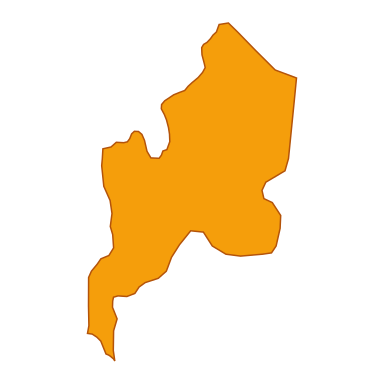 outline of Diamare, Extrême-Nord, Cameroon
{"feature_id": "32672807B30054475581978", "entity_name": "Diamare", "entity_type": "district", "adm_level": 2, "iso_a3": "CMR", "parent_name": "Cameroon", "parent_adm1": "Extrême-Nord", "projection": "equal_earth", "projection_center": [14.242, 10.617], "detail": "fine", "context": "isolated", "style": "filled", "palette": "amber", "viewbox_px": 384, "rotation_deg": 0, "n_neighbors": 0, "source": "geoboundaries", "source_scale": "gbopen_adm2", "svg_char_len": 1395}
<svg xmlns="http://www.w3.org/2000/svg" viewBox="0 0 384 384"><path d="M87.5,333.4L92.2,334.1L96.8,337.1L100.8,341.1L106.0,354.0L108.5,355.0L110.2,356.1L113.5,358.9L114.8,361.0L113.3,350.5L113.6,330.8L117.1,318.9L112.5,307.3L112.7,301.0L113.5,297.2L118.0,295.9L126.9,296.5L134.9,293.4L139.1,287.0L145.2,282.6L158.3,278.3L166.3,271.2L167.9,267.0L171.5,257.3L179.5,244.7L190.7,230.8L203.4,232.1L212.3,246.0L225.9,254.2L240.5,256.1L262.5,254.2L271.5,252.9L276.1,246.0L280.1,228.4L280.7,215.5L272.3,202.6L263.9,198.6L262.0,190.4L265.8,182.2L280.6,173.4L285.0,170.8L288.5,158.5L294.4,99.5L296.5,78.0L275.2,70.0L255.6,50.5L237.8,32.2L228.4,23.0L219.1,24.5L216.4,32.0L213.0,35.1L210.4,38.8L207.0,42.4L203.6,44.4L201.7,47.6L201.8,50.9L202.0,54.8L204.2,63.2L205.2,67.6L202.6,72.4L198.1,77.6L192.0,82.7L188.1,86.3L184.7,90.5L179.6,92.4L173.7,94.8L164.7,100.8L161.6,104.5L161.3,108.8L164.3,114.4L166.5,119.9L168.5,127.6L169.5,134.1L169.8,141.6L166.9,149.6L162.9,151.0L161.4,155.2L159.1,158.3L150.9,157.9L147.0,151.3L144.5,140.4L141.9,134.4L138.5,131.5L134.4,131.3L131.6,133.9L129.7,138.7L127.4,141.8L123.7,142.7L118.3,142.4L116.3,142.3L111.0,147.0L102.9,148.8L102.3,158.9L101.7,165.7L103.8,186.3L110.1,200.5L112.0,213.5L110.3,226.5L112.7,234.6L113.6,247.9L108.9,255.5L100.9,258.8L97.2,264.2L91.4,271.2L88.6,277.5L88.5,306.1L88.9,325.6L87.5,333.4Z" fill="#f59e0b" stroke="#b45309" stroke-width="1.5"/></svg>